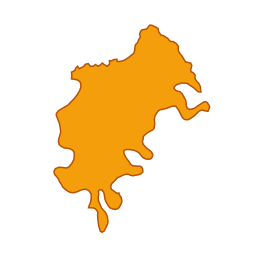 the district of São Jorge d'Oeste, Paraná, Brazil, rotated 252°
{"feature_id": "56859067B52253080464426", "entity_name": "São Jorge d'Oeste", "entity_type": "district", "adm_level": 2, "iso_a3": "BRA", "parent_name": "Brazil", "parent_adm1": "Paraná", "projection": "albers", "projection_center": [-52.964, -25.661], "detail": "fine", "context": "isolated", "style": "filled", "palette": "amber", "viewbox_px": 256, "rotation_deg": 252, "n_neighbors": 0, "source": "geoboundaries", "source_scale": "gbopen_adm2", "svg_char_len": 3392}
<svg xmlns="http://www.w3.org/2000/svg" viewBox="0 0 256 256"><g transform="rotate(252 128 128)"><path d="M69.0,99.3L69.3,97.3L75.0,93.2L77.8,93.5L80.0,95.2L81.0,97.1L84.1,103.1L84.2,105.4L84.8,109.4L84.7,111.3L84.2,113.6L82.4,115.6L81.1,117.8L80.3,123.4L80.5,126.4L81.7,128.6L84.4,129.3L86.4,129.0L87.8,127.9L89.6,123.2L90.5,121.2L92.0,119.6L93.9,119.0L96.4,118.4L98.2,117.6L100.4,117.0L103.6,116.4L106.0,116.4L107.8,117.3L108.1,119.7L107.2,122.1L106.3,124.3L104.9,127.0L102.9,129.2L100.7,131.0L96.7,132.3L95.0,133.3L93.4,134.9L92.1,137.2L91.6,139.9L92.6,141.8L94.7,143.3L97.6,143.0L99.8,141.8L103.3,139.4L107.7,137.4L110.6,137.5L113.0,139.1L115.0,139.8L116.0,141.4L117.3,144.3L118.2,148.6L118.6,151.0L119.6,152.6L121.3,153.6L123.7,154.7L127.9,155.7L130.3,156.8L132.3,158.6L134.0,160.8L135.2,162.9L135.3,165.0L135.1,166.9L134.8,169.5L134.8,172.1L135.1,176.7L134.2,180.1L128.9,181.8L125.1,182.3L121.0,183.0L119.5,183.8L118.2,185.2L117.3,187.7L117.6,189.6L118.2,192.3L119.4,195.6L122.1,200.8L122.3,204.1L120.4,206.7L119.2,209.2L122.5,212.0L124.3,212.1L127.6,211.3L129.1,210.0L129.3,207.9L128.4,204.6L127.3,200.5L126.4,198.3L126.2,196.0L126.3,194.0L126.9,191.8L128.8,190.4L131.8,190.4L134.6,191.2L136.6,191.4L139.6,190.9L143.6,190.1L146.1,188.9L148.7,185.3L151.4,183.9L153.1,184.9L154.2,187.7L154.2,192.8L153.1,196.0L152.0,198.2L146.1,202.8L142.9,204.7L141.0,205.7L139.7,208.5L142.6,209.0L145.1,209.6L146.9,209.4L148.8,209.0L150.9,207.9L153.2,207.2L155.2,207.2L157.7,208.2L160.5,207.0L162.0,205.5L164.0,205.5L165.5,206.7L167.7,208.0L170.4,207.7L173.1,203.1L174.9,202.7L179.9,201.6L182.1,200.6L185.5,199.8L188.0,200.3L190.2,201.1L193.2,200.1L196.3,197.6L197.2,195.2L198.8,194.2L200.6,193.7L204.7,190.4L206.2,188.1L210.1,186.9L213.5,187.3L216.4,184.5L218.3,182.5L219.1,180.4L216.4,176.3L217.0,171.5L215.8,169.6L213.5,167.9L210.7,167.9L208.8,165.5L206.1,163.3L205.0,161.0L203.4,159.9L199.8,158.4L197.1,156.3L196.4,154.1L195.0,150.7L194.1,147.5L193.5,144.4L193.8,140.9L194.7,138.3L196.8,138.7L197.5,135.8L196.9,133.0L197.8,131.2L194.6,130.3L193.1,127.3L195.6,125.0L197.8,123.6L196.5,121.3L196.0,118.8L198.4,116.6L197.5,114.2L198.3,111.3L201.5,110.1L201.8,107.2L200.2,104.6L199.8,102.1L199.5,99.8L202.3,99.1L201.0,96.6L199.2,95.5L198.6,91.5L196.5,91.1L194.6,90.6L192.2,89.4L190.3,93.1L189.2,94.9L186.8,96.6L184.1,96.7L181.3,95.7L178.6,93.7L175.4,90.1L172.6,85.9L170.3,81.6L168.3,77.8L167.4,73.9L166.8,70.8L165.8,67.1L164.0,64.4L162.0,63.7L158.7,63.9L153.7,64.2L149.5,63.7L145.5,62.9L142.0,61.0L139.2,58.8L136.5,57.7L133.6,57.4L131.0,58.9L128.6,61.5L126.9,65.3L125.1,67.6L123.0,68.9L121.2,69.2L118.5,68.5L114.6,66.6L111.4,63.3L109.2,59.6L109.0,57.0L110.9,53.1L112.0,50.3L111.8,46.4L109.5,44.1L106.4,43.9L101.7,46.0L98.4,46.2L94.7,47.3L92.1,47.6L88.7,49.6L86.6,51.1L84.9,52.9L83.6,55.1L83.1,57.2L83.1,60.1L83.5,64.5L83.2,67.5L82.3,69.7L80.4,71.4L76.8,72.6L72.8,71.4L70.9,70.5L68.4,69.0L66.2,67.1L64.4,65.8L62.6,70.6L61.4,71.9L59.3,72.9L57.0,73.2L54.4,72.1L50.5,71.1L44.6,70.0L38.5,69.7L36.9,71.1L37.4,73.5L40.1,76.3L42.5,78.5L44.8,80.0L50.0,81.0L53.5,80.7L55.8,80.0L57.5,79.2L60.0,78.1L63.6,77.8L67.2,77.4L69.8,77.8L71.7,78.4L74.0,79.7L76.9,80.2L78.0,81.8L77.2,84.1L74.2,85.0L71.4,84.8L67.9,84.1L64.6,84.2L61.7,84.9L59.6,85.3L57.4,86.4L55.7,88.6L54.4,91.0L54.5,93.8L56.0,96.0L57.5,97.5L59.7,99.3L61.4,99.8L64.4,100.0L67.2,99.1L69.0,99.3Z" fill="#f59e0b" stroke="#b45309" stroke-width="1.5"/></g></svg>